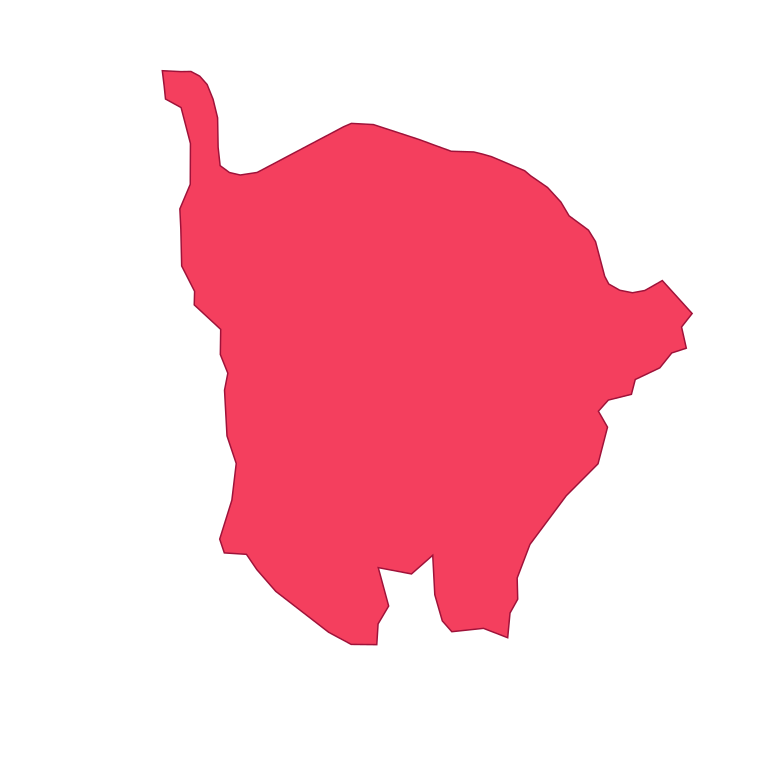 the district of Sherabad, Surkhandarya, Uzbekistan, rotated 103°
{"feature_id": "79887680B39986035389422", "entity_name": "Sherabad", "entity_type": "district", "adm_level": 2, "iso_a3": "UZB", "parent_name": "Uzbekistan", "parent_adm1": "Surkhandarya", "projection": "robinson", "projection_center": [66.82, 37.686], "detail": "fine", "context": "isolated", "style": "filled", "palette": "rose", "viewbox_px": 768, "rotation_deg": 103, "n_neighbors": 0, "source": "geoboundaries", "source_scale": "gbopen_adm2", "svg_char_len": 1213}
<svg xmlns="http://www.w3.org/2000/svg" viewBox="0 0 768 768"><g transform="rotate(103 384 384)"><path d="M220.6,136.1L234.2,150.9L239.2,162.4L239.6,175.4L236.0,187.5L229.4,193.2L197.7,209.9L188.1,219.4L178.5,241.5L166.9,252.6L155.7,268.9L148.1,288.1L144.6,294.8L138.3,330.4L137.8,340.0L137.7,348.7L142.1,370.9L140.0,388.2L137.9,404.6L133.6,452.7L137.4,474.4L142.4,481.2L206.4,555.2L212.7,571.1L212.7,582.2L208.1,592.8L190.6,598.9L162.1,606.0L145.0,614.6L132.0,623.7L125.5,632.8L122.9,642.4L125.3,652.1L128.6,670.5L143.2,665.2L155.5,661.0L160.3,643.9L193.2,626.7L233.0,617.7L259.3,622.3L278.8,616.8L314.5,607.7L336.3,589.4L349.6,586.7L367.5,555.4L392.1,550.1L408.6,538.6L425.9,538.0L469.9,525.3L494.7,510.1L531.4,506.1L572.1,509.2L584.5,501.6L580.9,479.7L593.5,466.1L610.4,442.8L624.4,412.4L638.4,382.0L645.1,357.4L639.6,332.4L619.1,335.8L599.3,329.5L564.2,348.3L562.9,314.5L539.9,298.0L577.9,287.1L601.7,273.9L610.1,262.2L599.7,232.1L603.4,206.4L578.8,209.7L563.6,205.3L543.1,210.6L507.4,205.7L451.9,181.3L413.6,157.5L375.8,156.5L362.3,169.0L349.2,161.8L338.4,140.6L323.1,140.2L306.2,118.9L289.0,110.6L281.1,97.5L261.5,106.9L246.0,99.6L220.6,136.1Z" fill="#f43f5e" stroke="#9f1239" stroke-width="1.5"/></g></svg>